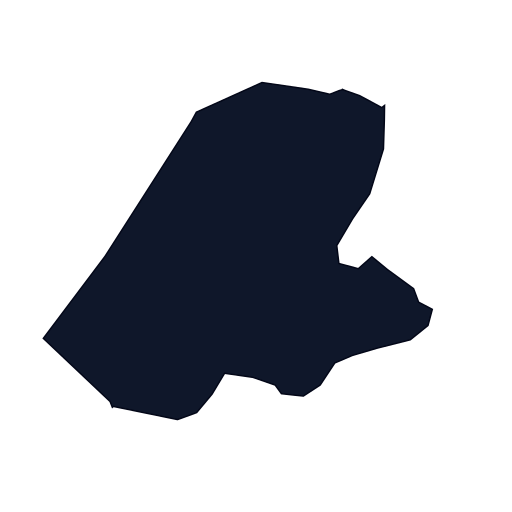 the district of Hjo, Västra Götaland, Sweden, rotated 195°
{"feature_id": "70781695B53745153341539", "entity_name": "Hjo", "entity_type": "district", "adm_level": 2, "iso_a3": "SWE", "parent_name": "Sweden", "parent_adm1": "Västra Götaland", "projection": "mercator", "projection_center": [14.228, 58.294], "detail": "fine", "context": "isolated", "style": "filled", "palette": "ink", "viewbox_px": 512, "rotation_deg": 195, "n_neighbors": 0, "source": "geoboundaries", "source_scale": "gbopen_adm2", "svg_char_len": 736}
<svg xmlns="http://www.w3.org/2000/svg" viewBox="0 0 512 512"><g transform="rotate(195 256 256)"><path d="M294.3,425.2L295.1,425.1L350.8,379.5L353.3,369.1L401.7,216.7L440.1,121.4L359.3,77.7L355.6,72.7L354.8,73.8L289.5,77.7L286.3,79.9L272.8,89.4L262.7,111.2L256.0,134.6L227.6,138.0L204.1,136.3L195.8,129.6L183.3,131.5L174.0,133.0L160.6,148.0L152.2,173.1L137.2,184.9L115.4,198.2L85.3,215.0L71.9,233.4L71.9,250.1L87.0,253.5L95.3,265.2L125.5,276.9L143.9,285.3L153.9,270.2L174.0,270.2L180.7,287.0L172.3,317.1L162.3,345.5L160.6,392.4L167.3,420.9L170.8,434.7L172.9,431.9L197.4,437.7L212.6,438.9L215.0,439.2L215.6,439.3L215.6,439.0L218.3,437.4L226.6,431.3L248.5,430.6L294.3,425.2Z" fill="#0f172a" stroke="#020617" stroke-width="1.5"/></g></svg>